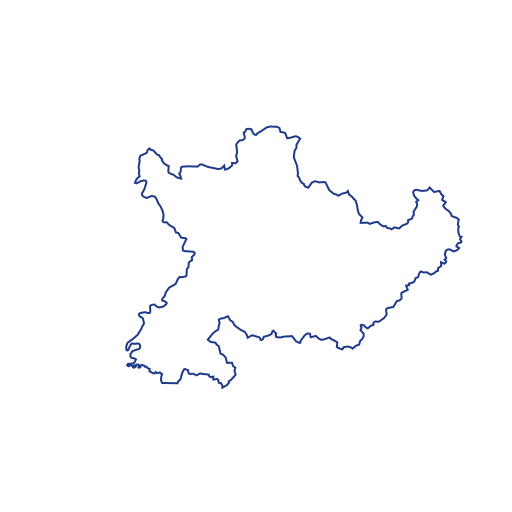 the district of Van Quan, Lạng Sơn, Vietnam, rotated 219°
{"feature_id": "81297802B89235073975729", "entity_name": "Van Quan", "entity_type": "district", "adm_level": 2, "iso_a3": "VNM", "parent_name": "Vietnam", "parent_adm1": "Lạng Sơn", "projection": "albers", "projection_center": [106.543, 21.85], "detail": "fine", "context": "isolated", "style": "outline", "palette": "blue", "viewbox_px": 512, "rotation_deg": 219, "n_neighbors": 0, "source": "geoboundaries", "source_scale": "gbopen_adm2", "svg_char_len": 6137}
<svg xmlns="http://www.w3.org/2000/svg" viewBox="0 0 512 512"><g transform="rotate(219 256 256)"><path d="M106.5,355.3L106.4,357.5L105.3,359.0L106.8,361.0L105.8,364.9L108.3,367.6L104.7,368.6L104.4,370.7L104.9,371.6L107.1,371.8L106.8,374.1L110.0,375.8L111.5,378.6L111.7,379.9L111.2,381.5L109.8,383.0L105.3,383.9L103.3,387.3L103.1,390.0L106.3,389.6L106.7,390.0L107.0,393.3L105.2,395.4L105.4,396.6L108.2,397.5L108.4,400.1L109.3,399.6L110.6,399.8L113.7,401.8L116.4,405.0L116.8,406.6L118.8,407.3L121.5,412.0L124.1,411.9L128.9,410.2L131.0,411.5L134.5,412.3L138.3,411.9L141.7,412.6L142.2,413.1L142.4,417.3L146.7,416.7L148.0,420.5L150.9,420.6L154.3,422.1L157.9,417.8L164.1,418.5L164.1,415.4L164.6,414.3L168.0,411.0L173.3,408.2L174.3,406.6L174.1,404.5L171.5,402.6L168.5,401.7L165.0,401.5L165.6,398.9L163.5,397.8L162.2,395.8L161.4,389.6L159.3,387.5L159.1,385.3L158.3,383.3L160.4,379.5L159.6,379.0L159.0,377.8L159.1,375.8L161.5,371.7L162.1,367.5L166.4,365.4L167.5,362.0L169.3,361.7L171.7,360.4L174.0,361.0L175.8,359.1L179.2,358.7L182.9,359.1L185.4,356.4L187.7,352.6L190.2,352.2L195.5,347.6L196.9,349.9L197.5,353.0L201.9,353.4L204.4,354.6L210.4,359.7L213.7,361.8L215.8,361.8L218.1,362.4L222.4,362.4L225.4,364.3L225.6,362.2L228.3,358.7L230.0,354.6L232.1,354.4L234.7,353.3L240.6,353.3L248.3,356.9L249.4,356.5L253.3,352.9L256.9,351.4L257.7,350.5L258.8,348.1L258.4,341.9L262.0,340.9L264.4,342.1L266.8,341.6L267.5,342.2L268.9,342.3L271.8,344.0L274.1,344.4L275.0,346.2L280.7,351.8L288.7,356.5L292.2,361.9L292.6,365.4L294.6,368.0L295.5,375.0L298.4,374.9L300.5,374.1L304.2,368.9L305.9,367.1L310.5,369.8L311.9,369.6L315.0,367.8L318.3,370.2L320.7,369.8L326.2,365.8L328.6,362.8L330.8,355.4L332.1,352.7L332.0,350.4L332.5,349.9L333.3,349.5L335.4,349.5L339.4,351.6L342.1,350.0L343.3,348.5L342.7,345.8L343.2,344.1L339.5,341.3L338.7,340.1L339.5,337.3L341.4,335.6L341.7,332.4L341.5,330.1L336.5,325.3L335.5,324.0L334.6,321.4L329.9,318.0L330.2,315.3L333.2,313.2L331.9,312.1L331.6,310.9L332.4,306.9L334.0,304.1L334.6,303.6L337.6,306.2L338.0,302.2L340.1,299.8L349.8,294.8L356.0,293.0L357.2,291.4L357.6,288.8L365.8,282.5L369.4,279.1L369.9,278.3L369.8,277.3L367.5,273.9L367.5,271.6L365.9,271.2L362.9,269.0L367.2,267.2L371.1,267.2L375.5,265.8L377.2,266.3L380.5,271.0L381.7,270.5L386.1,270.1L389.5,271.3L389.9,272.2L391.9,272.3L394.8,273.3L396.6,272.6L402.3,273.4L404.7,272.3L406.4,272.6L406.9,270.3L405.8,267.4L408.9,261.2L408.6,259.7L407.6,257.8L406.4,256.9L402.8,250.7L400.8,249.4L398.6,246.0L396.5,244.7L397.1,242.5L397.1,240.0L396.1,236.7L394.4,237.4L392.9,241.3L390.7,244.1L389.2,245.1L388.3,244.9L387.4,244.2L384.8,237.6L384.0,232.8L382.5,231.4L380.6,231.4L377.5,232.2L374.8,237.1L371.9,238.5L368.8,237.5L365.4,235.6L361.1,234.3L356.5,232.0L352.8,228.9L352.7,228.0L351.3,226.3L350.9,224.5L350.2,224.1L348.6,224.2L346.8,226.0L342.6,225.5L337.2,226.4L333.0,223.9L330.9,225.0L325.7,223.2L321.9,225.5L320.8,225.5L318.8,217.0L316.3,214.3L314.2,215.1L307.5,219.8L306.2,220.0L305.2,219.5L304.9,218.4L305.2,214.6L303.1,212.7L304.0,209.7L303.8,208.1L301.4,204.7L301.5,202.3L297.7,197.0L297.7,196.1L300.1,193.0L302.3,191.5L302.2,188.7L300.8,183.8L303.6,176.7L303.2,171.0L301.8,167.5L301.9,164.3L301.4,162.8L300.8,162.4L298.8,163.3L296.2,163.5L295.6,163.0L295.5,161.4L296.5,157.9L299.1,154.9L301.0,154.3L304.1,154.4L304.8,154.1L306.4,152.1L306.8,151.1L306.6,150.1L303.2,146.3L302.7,145.1L304.1,143.6L306.8,142.6L310.1,138.8L310.4,137.7L310.2,136.7L308.7,136.0L307.4,135.9L305.8,136.5L304.3,136.1L300.7,133.2L300.4,132.4L300.1,129.8L299.2,126.8L298.4,120.2L299.4,114.5L301.2,107.7L300.0,104.1L297.9,101.7L297.3,101.4L296.3,101.8L296.3,102.9L297.4,107.1L297.5,109.8L294.9,111.5L292.5,113.9L291.0,114.1L289.3,113.1L288.4,111.7L288.4,110.3L292.1,104.5L291.8,100.7L290.4,98.9L288.7,98.5L286.0,99.9L284.3,100.2L283.4,96.6L283.9,95.1L287.6,91.7L287.4,89.9L285.5,90.2L285.4,92.0L283.1,92.5L282.0,93.9L281.5,92.2L280.6,92.3L279.8,94.4L280.6,95.4L280.4,96.5L278.9,97.7L278.4,97.6L277.3,95.6L276.6,95.5L276.0,96.7L276.5,99.0L276.1,99.7L275.0,99.8L274.1,100.4L272.7,100.0L271.6,101.0L269.1,100.7L267.4,101.3L266.2,99.3L264.2,99.9L262.5,99.9L261.0,100.9L261.0,102.7L259.3,102.6L257.4,105.0L256.4,104.6L255.7,105.1L254.6,105.1L253.7,102.6L251.5,99.5L249.0,98.3L236.9,107.7L237.6,109.3L237.1,112.6L239.9,119.1L240.6,122.8L239.9,123.6L236.8,124.4L234.6,122.5L233.3,122.5L230.9,124.9L227.0,125.9L225.5,129.7L223.7,130.4L218.4,133.9L217.7,134.0L216.5,133.1L215.2,133.2L213.2,135.4L212.3,133.8L211.3,133.1L209.1,135.8L208.4,136.1L206.6,135.4L205.2,134.0L203.1,135.2L200.3,133.9L199.3,132.5L197.3,137.3L197.3,140.6L198.1,141.1L198.2,142.0L197.5,143.8L197.1,150.4L197.4,151.2L200.6,153.3L201.7,156.2L204.3,156.0L207.5,157.9L211.3,154.7L215.6,158.0L219.4,158.6L222.2,157.8L227.9,162.3L230.7,162.4L233.0,163.1L237.3,160.6L240.8,160.7L240.8,169.0L239.9,173.1L239.1,174.4L239.2,175.3L241.1,178.5L241.9,180.7L244.9,183.3L243.9,185.4L242.1,187.2L239.9,191.5L235.8,189.9L232.5,190.1L229.7,188.9L227.6,188.6L221.1,189.0L216.9,190.0L213.6,188.9L211.0,187.3L209.5,191.2L208.7,192.2L202.3,194.8L201.1,194.7L199.6,193.7L198.8,194.2L198.3,195.9L199.1,198.1L196.0,202.4L194.9,205.1L195.9,208.1L195.5,208.9L191.5,208.4L191.1,207.0L190.4,206.9L189.7,205.9L188.9,205.9L185.8,208.0L183.5,211.0L177.6,216.4L171.0,214.9L167.3,215.9L167.0,216.5L168.0,218.2L168.2,225.0L167.6,227.7L165.6,229.4L164.8,229.4L163.1,227.7L162.2,227.4L159.2,231.6L156.2,231.3L153.0,231.7L151.2,233.2L147.5,239.0L145.4,238.8L139.0,240.1L138.3,239.8L135.9,236.1L132.5,236.8L130.1,237.8L130.5,240.3L127.5,243.6L124.4,244.8L122.7,244.8L121.9,249.0L120.1,252.0L121.6,255.6L121.2,258.2L121.8,261.4L123.2,263.2L128.2,264.2L128.7,266.7L130.6,267.4L131.1,268.3L130.6,269.0L128.5,270.0L125.7,269.6L123.6,270.1L122.7,274.5L121.3,276.2L122.5,277.4L122.3,279.8L121.6,280.7L119.9,281.5L119.0,282.7L117.5,288.3L117.5,292.5L121.4,296.5L121.0,298.3L117.2,302.8L118.2,309.6L116.6,311.8L116.1,313.4L116.5,315.1L119.4,318.2L119.7,319.0L116.8,325.3L120.7,327.4L118.7,329.7L119.8,330.7L117.0,334.8L117.1,336.4L118.0,339.2L116.8,341.5L118.3,345.6L118.3,347.6L115.2,348.8L112.9,350.9L108.3,351.5L106.5,355.3Z" fill="none" stroke="#1e3a8a" stroke-width="2"/></g></svg>